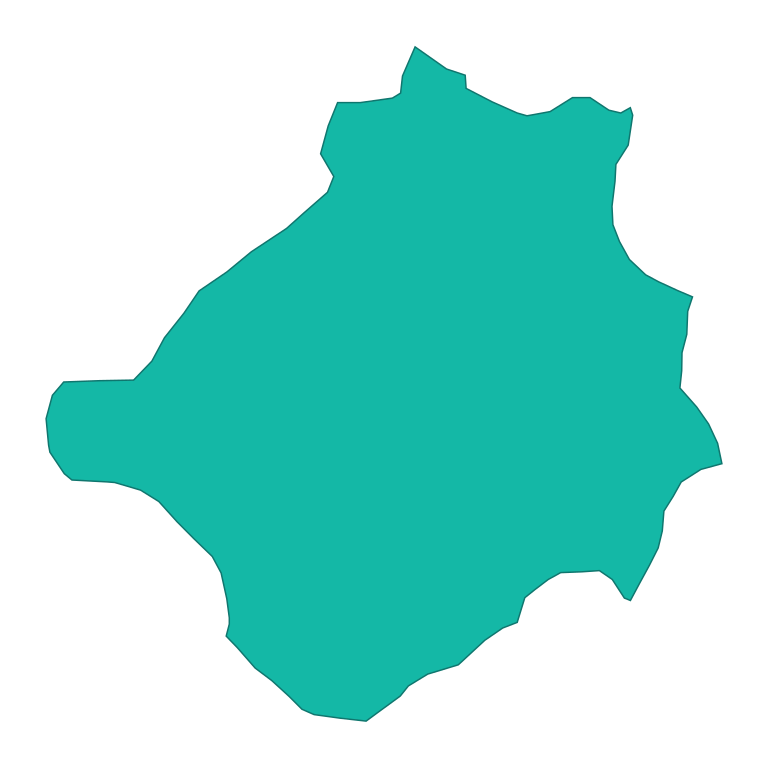 outline of Masally District, Masallı, Azerbaijan
{"feature_id": "54616110B86237771899826", "entity_name": "Masally District", "entity_type": "district", "adm_level": 2, "iso_a3": "AZE", "parent_name": "Azerbaijan", "parent_adm1": "Masallı", "projection": "mercator", "projection_center": [48.706, 39.029], "detail": "fine", "context": "isolated", "style": "filled", "palette": "teal", "viewbox_px": 768, "rotation_deg": 0, "n_neighbors": 0, "source": "geoboundaries", "source_scale": "gbopen_adm2", "svg_char_len": 1469}
<svg xmlns="http://www.w3.org/2000/svg" viewBox="0 0 768 768"><path d="M465.2,75.2L446.5,69.0L415.1,46.9L402.5,76.0L400.6,93.1L392.4,98.1L360.3,102.6L337.6,102.6L328.2,125.9L320.6,153.8L333.8,176.5L327.5,192.3L303.6,213.2L286.6,228.4L251.3,251.8L226.8,272.0L199.1,290.9L184.0,313.1L164.5,337.7L151.9,361.1L133.6,380.1L99.6,380.7L63.7,382.0L61.7,384.4L52.4,395.3L46.1,418.7L48.6,445.2L49.9,452.2L64.3,473.7L71.9,480.0L107.2,481.9L114.7,482.5L140.5,490.1L158.8,501.5L161.7,504.7L177.0,521.7L194.0,538.8L212.3,556.5L221.1,572.9L226.8,598.8L229.3,617.8L229.3,624.1L226.2,636.1L230.3,640.4L237.1,647.4L255.2,668.1L271.8,680.6L289.1,696.4L302.0,709.3L314.1,714.6L340.3,718.2L366.1,721.1L372.9,716.1L377.5,712.7L400.3,696.0L408.4,685.9L427.7,674.1L458.3,664.8L484.9,640.2L502.7,628.0L517.2,622.4L524.8,597.7L534.9,589.6L548.2,579.5L560.7,572.6L581.7,571.8L599.4,570.6L612.3,579.5L624.4,598.1L626.8,599.0L630.4,600.5L639.7,583.1L649.4,565.3L658.2,547.9L662.3,530.9L663.9,511.1L673.1,496.5L681.2,482.0L700.9,469.4L720.3,464.1L721.9,463.7L717.6,443.3L708.6,424.0L696.7,407.0L679.9,388.0L681.7,370.8L682.0,352.7L686.8,334.3L687.7,311.4L692.5,296.9L677.5,290.5L658.6,281.8L645.6,274.8L629.4,259.5L619.5,241.6L612.9,224.7L612.0,206.3L615.0,181.3L615.9,164.4L628.2,145.1L632.7,115.2L630.3,107.7L620.8,113.0L608.9,110.2L590.0,97.6L572.5,97.6L550.1,111.6L534.3,114.5L527.0,115.8L517.2,113.0L492.0,101.8L466.1,88.4L465.2,75.2Z" fill="#14b8a6" stroke="#0f766e" stroke-width="1.5"/></svg>